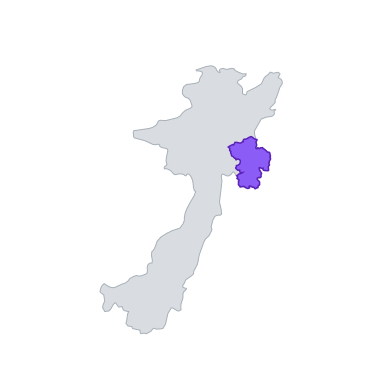 where Houaphan sits in Laos, rotated 60°
{"feature_id": "LAO-3288", "entity_name": "Houaphan", "entity_type": "Province", "adm_level": 1, "iso_a3": "LAO", "parent_name": "Laos", "parent_adm1": "", "projection": "robinson", "projection_center": [104.1, 20.28], "detail": "fine", "context": "in_parent", "style": "filled", "palette": "violet", "viewbox_px": 384, "rotation_deg": 60, "n_neighbors": 0, "source": "natural_earth", "source_scale": "10m", "svg_char_len": 6903}
<svg xmlns="http://www.w3.org/2000/svg" viewBox="0 0 384 384"><g transform="rotate(60 192 192)"><path d="M143.7,60.4L145.2,63.4L152.3,71.5L153.5,73.7L156.1,75.3L158.3,82.5L159.2,83.0L160.4,82.5L161.2,81.5L162.0,78.7L162.5,78.4L163.3,80.7L165.2,81.4L166.1,82.4L166.4,84.1L166.1,85.9L164.4,90.0L163.4,95.5L170.3,107.3L173.2,108.9L180.1,110.8L184.8,113.4L187.0,112.8L189.1,109.9L191.6,108.3L196.2,105.7L197.6,105.6L200.1,106.6L204.3,109.5L210.7,115.0L210.5,116.5L209.4,117.9L205.9,120.1L204.8,121.5L205.5,122.0L208.4,122.4L211.7,123.6L212.8,125.1L213.3,128.4L213.9,129.0L217.0,128.6L218.0,129.1L219.1,130.1L220.2,132.8L220.2,134.9L217.1,138.5L216.7,140.6L215.1,143.2L210.9,147.5L209.8,147.7L201.9,145.4L195.7,145.7L195.2,146.6L196.2,149.2L196.5,151.8L195.5,153.7L191.9,156.3L191.8,157.4L192.5,158.5L197.8,160.8L214.4,173.2L222.0,175.6L225.4,177.1L226.2,178.0L226.2,179.1L225.3,180.5L224.6,182.9L224.6,184.4L225.4,185.8L226.7,187.9L231.4,192.6L234.8,193.7L238.4,199.1L239.5,203.8L241.3,206.8L249.9,217.0L257.2,223.3L261.5,230.1L263.6,231.6L264.3,234.0L264.9,241.2L267.4,244.7L267.9,246.1L269.0,247.2L270.2,247.4L272.8,245.1L273.3,245.4L274.4,249.2L275.5,250.6L279.3,252.9L283.4,257.4L285.6,259.0L288.4,260.3L288.7,261.8L288.3,263.2L287.4,264.2L282.7,266.8L282.0,267.9L285.2,273.7L293.1,280.9L295.6,285.2L295.0,287.3L292.9,291.5L291.3,292.6L290.8,293.9L292.1,297.3L291.9,302.6L290.4,303.8L289.1,307.1L288.1,307.3L285.7,306.1L280.6,311.7L278.5,311.4L275.9,314.5L272.7,314.9L270.4,312.6L265.6,308.9L263.8,306.6L262.3,308.6L259.8,310.5L256.2,309.8L255.3,312.6L254.6,313.1L250.2,313.5L249.4,314.0L250.1,316.5L252.7,320.8L253.5,323.3L251.9,327.3L247.4,327.2L245.4,325.6L242.8,322.1L237.1,319.9L233.2,321.4L232.1,321.4L229.2,318.5L228.1,316.6L227.4,313.9L231.8,311.7L234.1,309.9L235.5,308.1L236.1,306.2L236.8,298.2L237.5,295.4L237.1,291.9L235.9,289.2L235.9,285.2L236.5,281.9L238.2,280.2L239.3,277.8L240.0,272.5L239.5,271.2L237.8,269.9L235.1,268.6L233.3,267.1L232.6,265.2L232.7,263.5L233.5,262.1L231.4,260.5L226.4,258.7L223.6,256.6L223.0,254.2L220.9,251.0L217.3,247.0L215.4,241.3L215.2,233.8L215.7,227.7L217.2,220.7L215.1,215.6L212.8,212.9L209.6,210.9L206.5,208.1L203.6,204.4L200.2,198.9L196.1,191.7L193.4,188.5L192.0,189.3L189.1,188.6L184.6,186.5L180.7,185.4L177.4,185.2L175.2,185.7L174.2,186.8L174.2,187.9L175.0,188.9L174.5,189.8L172.8,190.4L171.4,191.6L169.8,194.2L168.7,197.7L167.1,199.0L164.5,199.3L162.0,200.3L159.5,202.0L158.4,203.3L158.5,204.1L158.0,204.3L156.8,203.8L156.2,202.7L156.3,200.9L155.0,199.7L152.4,199.1L149.5,197.1L143.9,192.1L142.6,191.9L140.8,193.2L138.4,196.0L136.4,197.1L134.9,196.5L133.6,197.5L132.8,200.1L131.2,202.1L123.7,207.4L116.9,214.4L115.2,215.0L111.1,213.1L109.8,211.7L115.5,197.5L116.3,194.1L116.2,189.5L113.8,185.7L113.7,184.6L114.1,183.5L117.0,179.1L120.3,167.7L120.2,164.2L118.7,160.3L118.0,156.7L118.6,151.7L118.4,149.7L116.8,148.7L111.7,147.7L108.7,148.5L107.3,149.9L105.5,150.8L102.3,151.2L99.2,149.5L96.7,146.7L96.1,143.1L99.3,135.6L100.1,132.6L100.1,131.3L99.5,129.8L98.7,129.6L97.1,127.8L95.5,124.7L94.0,123.3L92.6,123.5L91.3,124.7L89.1,127.7L88.4,127.3L90.4,116.9L92.2,112.4L94.3,110.3L96.6,109.5L98.9,109.8L100.9,109.4L102.5,108.3L102.3,107.7L100.4,107.5L99.7,106.3L100.1,104.1L100.9,102.7L102.2,102.0L103.5,99.8L104.7,96.0L106.2,94.0L107.9,94.0L110.9,92.3L115.1,89.1L116.7,86.0L118.2,87.4L117.6,91.0L118.5,91.8L118.8,93.1L118.6,95.1L119.0,96.8L119.6,97.7L120.5,98.1L124.9,96.6L127.6,96.5L132.1,99.1L134.7,97.2L134.7,96.4L132.6,93.9L133.3,84.8L133.0,77.8L129.4,72.6L128.7,70.6L128.3,67.2L127.3,64.3L129.9,62.0L131.3,57.7L133.2,56.7L133.7,56.8L136.0,60.1L138.8,58.5L140.9,58.5L142.8,59.3L143.7,60.4Z" fill="#d9dde1" stroke="#a8b0b8" stroke-width="1"/><path d="M197.3,105.1L197.5,105.2L197.9,105.6L198.1,105.7L198.4,105.7L199.0,105.7L199.3,105.8L200.1,106.1L200.3,106.2L200.4,106.5L200.7,107.1L200.8,107.3L201.0,107.3L201.6,107.1L201.9,107.1L202.1,107.2L202.4,107.3L202.7,107.5L202.9,107.7L203.2,108.2L203.6,109.1L204.0,109.6L204.2,109.8L204.6,109.9L204.8,110.1L205.0,110.3L205.2,110.9L205.4,111.1L206.0,111.3L206.6,111.3L207.2,111.3L207.5,111.8L207.8,112.8L208.3,113.3L209.7,114.0L211.2,114.6L211.6,115.0L211.4,115.9L209.6,118.5L209.0,119.1L208.4,119.3L207.6,119.2L207.0,118.6L206.4,119.8L204.8,121.0L204.6,121.6L205.5,122.2L206.6,122.5L210.5,122.4L210.9,122.6L211.5,123.6L212.0,123.9L213.0,124.3L213.4,124.7L213.5,124.9L213.6,125.3L213.6,125.7L213.6,125.9L213.4,126.4L213.2,126.4L212.8,126.6L212.7,127.0L212.6,127.7L212.7,128.3L212.8,128.7L213.7,129.2L214.9,129.0L216.1,128.5L217.2,128.5L219.6,129.9L219.7,130.2L219.5,130.5L219.6,131.2L219.9,131.8L221.0,132.5L221.2,133.0L220.7,133.3L220.6,133.5L220.7,133.8L220.8,134.4L220.8,134.8L220.9,135.2L220.8,135.6L220.7,135.7L220.4,135.9L220.0,136.0L219.2,135.9L218.7,136.0L218.5,136.4L218.3,136.9L217.7,137.4L216.2,138.3L215.6,139.1L215.5,139.6L215.6,139.8L216.4,139.9L216.9,140.1L217.2,140.2L217.2,140.5L217.1,141.1L216.8,142.0L216.3,142.5L215.6,142.8L215.0,143.5L214.4,143.6L214.1,143.7L213.7,143.8L213.3,144.1L212.9,144.6L212.7,145.0L211.9,147.5L211.6,147.8L211.4,147.9L210.9,147.6L210.7,147.5L210.4,147.6L210.0,147.9L209.7,148.0L209.1,148.1L208.6,148.0L207.1,147.0L206.4,146.6L206.2,146.5L205.8,146.0L205.5,145.6L205.2,145.4L204.6,145.3L204.1,145.5L202.9,146.3L202.4,145.4L201.4,145.1L201.1,144.7L200.3,145.0L200.3,144.9L200.2,143.9L199.9,142.9L199.9,142.2L200.5,140.0L200.4,138.5L200.1,139.1L200.0,139.8L199.5,140.2L199.0,140.5L197.9,140.4L197.0,139.7L196.6,140.1L196.3,140.6L196.2,141.3L195.8,141.6L193.5,142.3L193.1,142.1L192.8,142.0L192.3,140.9L192.1,140.7L191.3,140.3L191.6,139.5L191.8,138.5L191.7,137.8L191.7,137.0L190.6,135.5L189.2,134.6L188.4,134.5L187.7,134.7L186.4,135.7L186.2,136.7L186.2,137.7L185.5,137.8L184.7,137.4L184.0,138.2L183.1,138.5L182.3,138.6L181.6,138.9L181.0,139.4L180.3,139.6L178.9,139.1L177.5,139.0L176.9,138.5L176.3,138.1L174.9,138.7L174.2,138.3L173.6,137.6L172.4,137.7L171.2,138.1L171.1,136.8L171.1,134.5L171.3,133.8L171.2,133.4L171.4,132.9L171.8,132.7L172.0,132.3L171.8,131.9L170.9,130.6L170.5,129.9L171.4,128.4L173.3,126.4L173.9,125.6L173.9,124.4L173.8,123.2L174.0,122.8L174.1,122.4L173.6,122.4L173.1,122.2L172.6,121.3L172.3,120.4L172.9,119.6L173.3,117.8L173.2,115.9L173.3,114.4L173.6,113.1L174.3,112.6L175.0,112.2L176.5,111.7L178.0,110.9L178.1,110.7L178.1,110.4L178.7,110.0L178.9,109.8L179.0,109.6L179.5,109.7L179.8,110.1L180.3,111.1L180.6,111.5L180.8,111.7L181.0,111.8L181.3,111.9L181.6,111.9L183.2,112.3L183.8,112.6L184.8,113.9L185.4,114.5L185.5,114.6L185.9,114.7L186.2,114.7L186.5,114.6L186.8,114.4L187.0,114.2L186.7,113.4L186.6,113.1L186.8,112.7L187.2,112.5L187.5,112.4L188.1,112.0L188.2,111.8L188.1,111.5L188.0,110.8L188.1,110.3L188.4,109.7L188.7,109.1L188.9,108.7L189.2,108.6L189.8,108.7L190.1,108.7L190.3,108.5L190.7,108.2L190.9,108.0L192.9,107.3L193.5,107.0L193.8,107.0L194.1,107.0L195.1,106.8L196.3,105.2L197.3,105.1Z" fill="#8b5cf6" stroke="#5b21b6" stroke-width="1.5"/></g></svg>